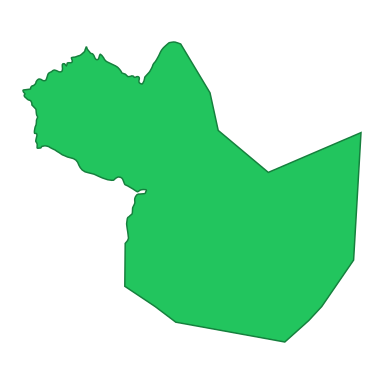 outline of San Rafael, Lempira, Honduras
{"feature_id": "27666195B54610294304045", "entity_name": "San Rafael", "entity_type": "district", "adm_level": 2, "iso_a3": "HND", "parent_name": "Honduras", "parent_adm1": "Lempira", "projection": "albers", "projection_center": [-88.427, 14.711], "detail": "fine", "context": "isolated", "style": "filled", "palette": "green", "viewbox_px": 384, "rotation_deg": 0, "n_neighbors": 0, "source": "geoboundaries", "source_scale": "gbopen_adm2", "svg_char_len": 5409}
<svg xmlns="http://www.w3.org/2000/svg" viewBox="0 0 384 384"><path d="M284.8,342.0L308.7,320.6L318.7,309.8L321.7,306.6L353.6,260.1L361.0,132.6L268.3,172.4L218.2,130.4L210.0,92.8L180.7,44.0L178.0,43.0L175.1,42.1L174.6,42.1L173.8,42.0L173.4,42.0L171.4,42.3L169.7,42.6L169.3,42.7L168.9,42.9L168.5,43.2L167.1,44.4L165.1,46.2L163.5,47.7L162.5,48.9L161.5,50.2L160.7,51.6L160.1,52.8L159.1,55.0L158.5,56.2L158.0,57.1L156.6,59.6L155.4,61.5L154.9,62.1L154.3,62.8L154.0,63.1L153.4,64.0L152.9,64.9L152.3,66.7L151.8,67.8L150.9,69.5L149.7,71.6L149.3,72.1L148.8,72.7L146.6,75.1L144.9,77.0L144.7,77.5L144.6,78.4L144.4,79.1L144.1,80.6L143.9,81.1L143.4,82.1L142.9,83.1L142.4,83.7L142.2,83.8L142.0,84.0L141.8,84.0L141.4,83.9L140.9,83.7L140.5,83.6L140.0,83.3L139.6,83.0L139.4,82.8L139.2,82.5L139.0,81.9L138.9,81.1L139.0,80.3L139.3,79.0L139.3,78.5L139.3,78.0L139.2,77.7L139.1,77.4L138.9,77.2L138.7,77.0L138.4,76.8L138.0,76.6L137.5,76.6L137.1,76.6L136.6,76.7L135.9,77.1L135.6,77.2L134.9,77.3L134.4,77.3L134.2,77.2L133.9,76.9L133.7,76.5L133.4,76.2L133.0,76.1L132.6,76.0L132.0,75.9L131.6,75.9L131.3,76.0L130.3,76.4L129.6,76.5L128.9,76.6L128.4,76.6L127.9,76.5L127.7,76.5L127.4,76.2L126.5,75.3L125.4,74.2L122.3,73.1L121.9,72.9L121.7,72.7L121.4,71.9L121.1,71.4L120.5,70.5L119.4,69.1L118.9,68.6L118.3,67.9L117.6,67.3L117.0,66.8L116.4,66.5L115.7,66.0L107.4,62.0L106.7,61.6L106.0,61.1L105.3,60.4L104.7,59.7L104.3,59.2L103.8,58.1L103.4,57.5L102.1,55.8L101.8,55.4L101.4,55.1L100.8,54.6L100.4,54.3L100.2,54.3L99.8,54.9L99.5,55.6L99.1,57.1L98.8,58.0L98.5,58.7L98.3,59.1L98.1,59.3L97.8,59.5L97.5,59.6L97.2,59.7L96.9,59.7L96.6,59.6L96.4,59.6L96.1,59.4L95.5,58.9L95.0,58.1L94.6,57.3L94.3,56.4L94.0,55.8L93.7,55.3L93.3,54.7L92.8,54.1L92.4,53.8L91.9,53.6L91.3,53.5L91.0,53.4L90.6,53.2L90.4,53.0L87.4,49.3L87.2,48.9L87.0,48.3L86.8,47.7L86.7,47.2L86.3,47.0L86.2,47.0L86.0,47.3L85.8,48.1L85.2,49.4L84.9,50.7L84.7,51.2L84.6,51.5L84.2,51.9L83.3,52.7L82.0,53.9L80.9,54.8L80.2,55.3L79.7,55.5L78.0,56.0L75.6,56.9L74.8,57.1L73.6,57.2L72.9,57.3L72.1,57.5L71.6,57.6L71.4,57.9L71.5,58.4L71.7,59.0L72.1,60.1L72.3,60.8L72.3,61.2L72.2,61.7L72.1,62.0L71.8,62.3L71.3,62.6L70.7,62.8L70.1,62.8L69.3,62.7L68.8,62.7L68.0,62.9L67.6,62.9L67.4,63.0L67.1,63.4L67.1,64.2L66.9,64.7L66.4,65.8L66.1,65.7L65.7,65.2L64.8,64.1L64.5,63.8L64.0,63.7L63.5,63.7L63.1,63.8L62.7,64.0L62.6,64.3L62.4,64.5L62.3,64.8L62.3,65.1L62.3,66.3L62.5,68.7L62.4,69.5L62.3,70.3L62.3,70.6L62.1,70.9L61.9,71.2L61.6,71.4L61.1,71.7L60.6,71.9L60.2,71.9L59.6,71.9L59.1,71.8L58.7,71.7L58.1,71.4L57.1,70.9L56.6,70.7L55.8,70.4L55.0,70.2L54.5,70.1L54.0,70.1L53.6,70.3L53.0,70.5L52.7,70.7L52.4,70.9L51.9,71.4L51.7,71.6L51.3,71.8L50.3,72.2L49.5,72.7L48.8,73.1L48.4,73.5L48.1,74.1L47.8,74.7L46.9,77.6L46.3,79.3L46.0,79.9L45.8,80.2L45.5,80.4L45.1,80.6L44.7,80.7L44.2,80.7L43.7,80.7L43.1,80.6L42.6,80.4L41.2,79.5L40.3,79.2L39.7,79.1L39.2,79.0L38.8,79.1L38.4,79.2L38.0,79.5L37.5,79.9L37.1,80.3L36.6,81.0L36.3,81.4L36.1,81.8L35.9,82.7L35.7,83.3L35.3,83.9L34.9,84.4L34.3,84.9L33.7,85.4L33.1,85.7L32.4,85.8L32.0,86.0L31.7,86.2L31.3,86.7L30.9,87.2L30.7,87.6L30.6,88.1L30.6,88.7L30.5,88.8L30.4,89.0L30.2,89.1L29.6,89.2L24.0,89.9L23.4,90.0L23.1,90.2L23.0,90.4L23.0,90.6L23.1,91.1L23.3,91.6L23.4,91.9L24.0,92.6L24.4,93.1L24.8,93.5L24.9,93.8L24.8,94.4L24.6,94.6L24.3,94.9L24.2,95.1L24.2,95.3L24.2,95.6L24.3,96.1L24.8,96.9L25.2,97.3L26.3,98.2L27.2,99.1L27.6,99.4L28.2,99.8L28.7,100.0L30.0,100.4L30.5,100.7L30.9,101.1L31.2,101.6L31.7,102.8L31.9,103.7L31.9,104.7L31.9,104.9L32.0,105.1L35.3,108.5L35.8,109.1L36.0,109.6L36.3,112.8L36.5,114.4L36.8,115.4L37.2,116.0L37.4,116.3L37.5,116.7L37.6,117.1L37.5,117.5L37.3,118.1L36.7,119.4L36.5,120.1L36.4,121.0L36.4,122.2L36.3,123.0L36.2,123.9L36.1,124.7L35.7,125.7L35.1,127.1L34.9,128.2L34.5,130.4L34.4,131.3L34.4,132.4L34.5,133.0L34.6,133.3L35.1,133.4L35.8,133.5L36.3,133.5L36.5,133.6L36.8,134.2L36.9,135.0L36.9,135.6L36.0,139.4L35.8,140.6L35.8,141.0L35.8,141.4L35.9,141.7L36.1,142.0L36.5,142.5L36.7,142.9L37.0,143.7L37.2,144.5L37.1,147.8L37.2,148.0L37.5,148.2L38.1,148.2L38.7,148.2L39.9,148.0L40.7,148.0L41.9,146.4L44.8,145.8L46.4,146.0L48.7,146.6L50.2,147.6L52.9,149.0L54.9,149.9L57.2,151.5L59.1,152.6L62.3,154.8L64.8,155.8L67.5,157.0L70.2,157.7L73.4,158.6L75.8,160.0L77.6,162.2L78.9,165.2L80.2,167.6L82.1,169.9L85.0,171.8L88.2,172.7L94.1,174.2L98.6,176.3L102.5,178.0L107.6,179.7L111.7,180.3L113.5,180.2L114.3,179.6L115.3,178.6L116.6,177.7L118.3,176.9L119.1,177.1L120.0,177.2L120.5,177.3L121.0,177.6L121.5,177.9L122.1,178.4L122.4,178.8L122.8,179.5L123.0,180.0L124.5,183.8L124.7,184.2L125.0,184.6L125.5,184.9L127.5,185.8L129.4,186.9L132.8,188.9L136.1,191.1L136.8,191.5L137.3,191.7L137.6,191.7L137.8,191.7L138.7,191.2L139.6,190.5L140.2,190.1L141.2,189.8L142.2,189.6L143.8,189.5L144.9,189.6L145.9,189.7L146.1,189.8L146.3,190.0L146.4,190.4L146.3,190.9L145.7,191.9L145.6,192.2L145.5,192.7L145.4,193.0L145.2,193.2L145.0,193.4L144.5,193.6L143.8,193.7L139.3,194.1L138.4,194.1L138.1,194.2L137.5,194.5L136.9,194.8L136.6,195.1L136.2,195.7L135.6,196.5L135.1,197.6L135.0,198.0L134.8,198.6L134.7,199.3L134.7,200.4L134.9,202.2L134.8,202.8L134.7,203.4L134.5,203.9L134.2,204.6L133.1,206.8L132.8,207.5L132.6,208.0L132.4,212.4L132.1,213.9L131.1,214.8L130.1,215.6L129.1,216.6L127.8,217.5L127.3,218.7L126.9,221.5L126.6,223.9L127.1,227.9L127.8,232.3L128.5,238.2L127.6,240.5L126.4,242.0L125.2,243.4L124.8,286.3L155.2,306.6L175.8,322.2L284.8,342.0Z" fill="#22c55e" stroke="#15803d" stroke-width="1.5"/></svg>